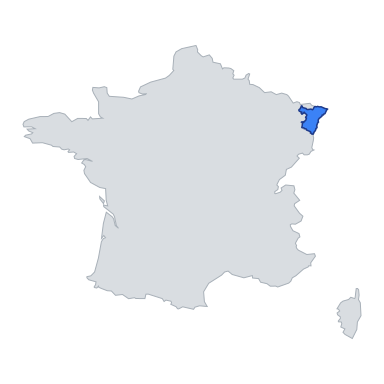 where Bas-Rhin sits in France
{"feature_id": "FRA-5273", "entity_name": "Bas-Rhin", "entity_type": "Metropolitan department", "adm_level": 1, "iso_a3": "FRA", "parent_name": "France", "parent_adm1": "", "projection": "natural_earth1", "projection_center": [7.42, 48.594], "detail": "fine", "context": "in_parent", "style": "filled", "palette": "blue", "viewbox_px": 384, "rotation_deg": 0, "n_neighbors": 0, "source": "natural_earth", "source_scale": "10m", "svg_char_len": 6209}
<svg xmlns="http://www.w3.org/2000/svg" viewBox="0 0 384 384"><path d="M313.9,150.0L311.0,151.4L309.2,154.2L307.4,154.8L304.1,154.8L302.5,153.1L298.6,154.2L297.0,156.0L299.3,158.2L291.4,167.1L286.4,169.4L285.3,175.2L279.4,179.6L277.1,184.2L276.9,185.1L278.4,186.6L277.8,189.6L274.8,191.6L274.8,193.5L275.6,193.7L280.2,192.2L282.0,190.4L281.1,188.0L285.7,185.0L293.9,185.8L294.9,189.7L293.8,193.1L299.7,200.3L294.6,203.7L294.2,205.9L299.5,213.2L302.9,216.2L301.1,221.0L295.4,224.2L291.8,223.9L290.3,224.7L290.4,226.3L292.9,230.7L299.0,233.6L299.9,236.9L298.2,238.1L295.4,243.2L296.6,245.7L296.1,246.8L296.8,248.5L298.4,250.2L306.8,254.5L314.5,253.7L315.4,256.2L310.7,262.8L311.0,265.8L308.6,265.8L308.2,266.9L303.5,269.1L295.8,275.8L292.3,277.8L290.8,281.2L288.7,283.1L277.7,287.0L275.7,286.1L270.3,286.2L267.0,283.7L260.6,282.2L258.6,278.6L252.6,278.0L252.3,275.6L243.9,277.8L232.2,274.5L228.1,271.1L224.6,272.0L221.6,275.1L208.7,283.3L203.6,291.8L204.4,301.7L207.2,306.5L199.5,305.8L194.9,307.2L193.6,309.3L182.7,306.8L178.6,308.9L177.5,308.7L176.1,306.7L170.8,304.3L171.6,302.7L170.9,301.2L165.9,300.1L164.1,301.5L162.3,298.6L148.2,294.1L145.9,294.2L144.9,298.6L135.8,298.5L134.5,297.7L128.6,298.7L122.5,294.5L115.5,295.3L111.4,291.0L107.2,290.7L101.5,288.5L98.8,287.3L98.5,286.1L96.8,288.0L94.6,287.6L94.1,287.0L95.6,284.6L96.0,281.8L88.8,279.8L86.9,277.8L86.9,276.7L90.9,275.8L94.6,272.0L98.4,258.1L101.4,241.7L103.3,238.6L105.5,237.7L103.8,235.5L101.5,238.4L103.4,223.4L106.3,212.2L112.2,216.8L113.6,218.8L115.2,225.5L118.5,228.3L116.4,225.6L114.5,216.7L113.2,214.1L103.8,206.7L103.5,205.0L107.7,205.9L106.2,200.3L105.6,188.6L99.8,187.5L90.6,182.5L84.5,173.6L83.9,170.3L85.7,166.7L84.3,164.5L81.7,163.0L83.9,159.9L85.8,159.6L92.5,161.4L87.1,158.5L78.1,159.5L74.6,158.5L74.1,156.4L76.6,153.7L73.7,152.0L68.6,152.4L68.0,151.7L69.6,149.8L68.3,149.0L64.1,149.8L61.8,149.2L59.7,147.0L53.0,146.5L51.5,145.2L42.4,142.7L32.6,143.1L30.1,138.7L24.3,136.6L25.6,135.2L31.6,133.9L32.8,132.7L28.6,130.9L27.1,129.1L35.1,128.7L31.6,126.8L23.9,126.9L23.0,124.3L24.2,121.6L28.7,119.2L40.0,116.6L48.0,116.5L53.9,113.4L59.6,112.6L64.8,114.1L71.8,121.7L77.7,118.4L86.3,118.5L88.0,120.4L90.5,116.9L92.3,118.9L102.8,118.2L100.4,116.9L98.6,113.7L98.6,101.8L93.6,93.2L92.4,90.1L92.9,87.4L99.1,87.9L104.3,86.7L106.8,87.6L107.2,93.1L109.3,96.3L123.7,97.3L131.9,99.0L139.1,95.9L145.7,94.5L146.2,93.7L142.4,94.0L139.0,92.7L138.6,91.2L140.5,86.9L150.7,82.1L165.5,78.1L169.3,75.4L173.8,70.5L172.8,69.3L173.9,56.1L176.1,51.8L181.8,48.6L196.0,45.5L197.7,49.7L197.5,52.0L201.2,55.7L203.1,56.9L209.3,54.9L212.2,58.3L213.0,62.2L220.4,63.8L222.5,68.9L223.9,67.8L228.6,68.0L230.8,68.5L233.8,70.7L232.8,73.8L234.1,75.2L232.8,78.0L233.7,79.2L242.3,79.2L244.9,78.0L246.1,75.1L248.7,73.5L249.7,74.0L248.0,79.2L249.2,80.6L249.7,84.3L253.0,84.6L259.3,87.6L264.6,92.6L271.2,91.8L276.3,94.6L281.7,93.1L286.8,94.6L288.5,96.1L293.2,103.1L296.9,101.7L299.4,102.5L300.3,104.5L310.0,103.3L311.7,105.3L313.7,106.0L326.0,108.6L326.1,111.2L319.0,118.7L316.0,129.4L313.9,133.1L313.1,135.9L313.7,137.7L313.3,140.6L311.8,147.6L312.7,149.6L313.9,150.0ZM359.1,295.1L358.5,299.6L360.3,302.8L361.0,315.7L357.4,322.0L356.8,329.5L352.3,338.5L345.1,334.5L343.0,332.3L344.9,328.9L340.8,327.0L341.8,323.7L341.3,322.0L338.4,321.8L338.3,321.0L340.4,318.4L340.3,316.8L337.6,314.8L337.1,313.0L339.7,311.0L338.5,309.2L337.0,308.8L340.6,302.9L343.0,301.1L348.6,299.5L350.8,297.3L354.5,298.5L355.1,297.9L356.2,288.6L357.5,288.5L358.6,289.7L359.1,295.1ZM104.4,200.9L103.5,203.6L99.9,199.0L99.6,196.5L104.4,200.9Z" fill="#d9dde1" stroke="#a8b0b8" stroke-width="1"/><path d="M314.5,106.8L314.9,106.7L315.1,106.6L315.4,106.6L315.7,106.6L316.2,106.8L316.4,106.8L316.7,106.7L317.3,106.5L317.5,106.4L319.5,106.9L320.8,106.8L321.2,106.8L324.9,108.5L327.2,108.9L327.5,109.1L327.0,109.6L326.3,110.7L325.2,113.2L325.0,113.6L324.8,113.7L324.0,114.1L323.7,114.1L323.6,114.3L323.4,114.7L323.4,114.9L323.2,115.0L322.4,115.0L322.1,115.1L322.0,115.4L322.0,115.9L321.9,116.2L321.6,116.5L321.3,116.7L321.0,116.9L320.4,117.5L320.0,117.8L319.7,117.9L319.4,118.1L318.4,119.4L318.2,120.3L318.2,121.4L318.5,122.0L317.9,122.6L317.6,122.9L317.5,123.1L317.4,123.7L317.3,124.0L317.2,124.2L317.0,124.5L316.9,124.8L316.7,125.6L316.7,126.0L316.8,126.4L316.9,126.7L317.0,127.1L317.0,127.6L316.7,128.0L316.3,128.2L315.9,128.5L315.7,129.1L315.7,129.7L315.5,130.2L315.3,130.6L313.8,132.4L313.6,132.8L313.6,133.2L313.5,133.5L313.3,133.6L313.1,133.9L313.0,134.2L312.1,134.1L311.7,134.0L311.5,133.3L311.1,133.2L310.7,133.2L310.4,133.0L310.4,132.6L310.5,132.2L310.6,131.9L310.3,131.6L306.5,130.0L306.2,129.0L305.6,128.8L304.3,128.7L304.3,128.3L304.1,128.1L303.8,127.9L303.5,127.8L302.8,127.8L302.5,127.8L302.3,127.8L302.1,127.6L301.9,127.5L301.9,127.4L301.8,127.2L301.9,126.9L302.1,126.5L302.1,126.2L302.2,125.7L302.3,124.4L302.4,123.3L302.5,123.1L302.7,122.9L302.9,122.8L302.6,122.7L301.5,122.1L301.7,121.9L303.9,121.8L304.1,121.7L304.3,121.4L304.4,121.2L305.3,120.8L305.5,120.5L305.7,120.3L305.9,119.9L306.1,119.2L306.4,118.5L306.4,118.1L306.1,117.9L305.9,117.8L305.7,117.7L305.6,117.3L305.8,116.9L306.2,116.5L306.7,115.6L306.8,115.4L306.8,115.1L306.8,114.9L306.7,114.7L305.2,113.3L305.0,113.2L304.6,113.1L304.5,112.9L304.4,112.8L304.4,112.6L304.4,112.4L304.2,112.2L304.0,112.3L303.9,112.4L303.8,112.7L303.8,112.9L303.7,113.1L303.2,113.3L302.8,113.5L302.6,113.9L302.4,114.0L302.2,114.1L301.8,114.1L301.7,113.9L301.6,113.5L301.5,113.3L301.3,113.2L301.1,113.1L301.1,112.9L301.3,112.6L301.7,112.3L301.7,112.1L301.1,111.9L299.8,111.4L299.4,111.2L299.2,111.0L299.1,110.9L299.0,110.7L298.9,110.5L298.9,110.3L298.9,110.1L298.9,109.9L299.0,109.7L299.4,109.3L300.3,108.7L300.4,108.4L300.5,108.3L300.5,108.1L300.5,107.9L300.7,107.5L300.8,107.3L301.2,107.0L301.3,106.8L301.4,106.6L301.2,106.2L301.4,105.9L301.7,105.9L302.0,106.0L302.3,106.4L302.5,107.2L302.6,107.4L302.8,107.6L303.1,107.7L304.0,107.9L304.9,108.2L305.9,108.4L306.1,108.5L306.3,108.8L306.4,109.0L306.5,109.2L306.7,109.3L306.9,109.4L307.4,109.5L308.2,109.5L310.7,109.1L310.9,109.1L311.1,109.1L311.3,109.2L312.0,109.6L312.4,109.7L312.6,109.7L312.8,109.5L313.0,109.3L313.2,109.0L313.7,108.0L314.5,106.8Z" fill="#3b82f6" stroke="#1e3a8a" stroke-width="1.5"/></svg>